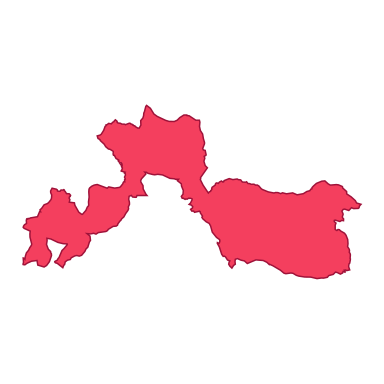 Malnas, Covasna, Romania (Mercator projection)
{"feature_id": "2599482B6091931958570", "entity_name": "Malnas", "entity_type": "district", "adm_level": 2, "iso_a3": "ROU", "parent_name": "Romania", "parent_adm1": "Covasna", "projection": "mercator", "projection_center": [25.812, 46.025], "detail": "fine", "context": "isolated", "style": "filled", "palette": "rose", "viewbox_px": 384, "rotation_deg": 0, "n_neighbors": 0, "source": "geoboundaries", "source_scale": "gbopen_adm2", "svg_char_len": 5988}
<svg xmlns="http://www.w3.org/2000/svg" viewBox="0 0 384 384"><path d="M62.8,267.7L63.8,265.2L64.6,264.6L65.2,261.9L67.4,260.2L70.3,259.5L71.2,257.8L74.8,255.9L76.8,255.5L79.3,256.1L81.6,255.3L84.9,251.4L85.9,249.1L87.8,247.2L89.4,242.0L90.5,240.4L90.0,236.1L87.0,233.6L90.6,233.9L93.7,233.3L96.0,234.1L98.3,232.6L105.9,231.5L107.5,230.6L108.2,229.4L113.1,226.4L116.2,226.1L117.5,225.2L117.9,223.8L120.1,220.9L120.8,220.4L121.8,218.7L123.8,217.0L125.7,213.5L127.9,210.5L128.6,208.8L128.3,207.0L129.5,204.3L129.4,202.1L128.7,199.3L129.1,196.3L131.3,195.4L132.6,197.0L135.3,197.3L136.3,197.2L137.0,195.5L147.0,195.5L145.8,194.0L143.2,189.0L143.0,185.6L140.9,182.1L140.7,180.7L141.5,178.8L145.8,174.1L145.5,172.8L144.9,172.2L146.5,172.3L147.9,173.3L152.7,174.5L154.7,174.8L157.7,174.3L162.5,174.9L170.0,178.4L174.5,178.8L175.4,179.3L178.5,179.3L177.4,180.7L181.3,183.8L181.5,186.0L183.3,190.5L183.0,194.2L181.3,196.4L182.2,198.3L183.2,198.2L185.1,199.4L185.9,198.9L187.1,199.2L188.4,198.3L190.7,198.3L192.1,198.9L192.1,199.8L190.5,203.0L189.1,204.4L191.3,205.1L192.7,206.6L192.4,208.1L190.6,209.3L191.8,211.1L193.7,211.1L194.5,212.3L199.5,211.2L200.3,211.9L200.2,212.7L202.5,216.1L201.9,217.3L202.8,218.8L206.2,221.8L209.2,223.4L210.6,226.0L212.3,232.2L216.5,237.4L219.6,239.6L219.9,241.0L219.3,243.0L218.7,243.3L217.4,242.6L217.3,243.3L219.3,246.9L221.7,254.3L223.2,256.4L224.4,256.2L225.5,256.9L227.5,260.0L229.8,260.9L229.1,262.2L228.7,264.2L229.8,266.1L231.9,268.1L233.6,265.4L235.3,264.2L235.0,261.6L235.3,259.3L237.5,258.6L241.1,260.2L244.4,260.9L247.3,263.5L255.9,259.9L263.2,260.5L266.9,262.3L269.1,264.4L269.2,264.1L272.8,265.7L280.4,270.2L284.0,273.2L285.9,273.7L290.9,273.0L293.0,273.3L296.3,275.3L298.8,276.1L304.7,277.0L310.8,277.1L317.0,278.6L321.4,278.0L323.6,278.1L327.4,277.3L328.7,275.6L333.2,274.4L335.5,272.1L337.4,272.6L340.4,274.1L342.6,273.0L343.1,271.5L345.0,272.2L345.2,271.8L344.3,270.2L345.8,270.0L346.7,270.6L349.7,269.9L348.7,266.9L348.7,265.8L349.0,263.9L349.7,263.2L350.3,260.0L350.4,258.9L350.1,258.5L350.4,254.8L350.0,253.3L349.3,252.4L349.5,250.4L349.2,249.2L347.6,246.7L348.0,243.7L347.7,239.5L346.0,235.2L344.5,233.2L340.7,231.0L339.3,229.7L338.0,229.5L336.9,230.5L335.2,229.5L335.2,225.1L336.0,223.1L334.3,221.6L334.3,220.4L335.2,220.1L339.9,221.5L341.8,220.4L343.5,220.7L343.6,218.9L342.5,217.7L342.4,216.5L343.1,214.5L343.0,213.7L341.9,211.1L343.2,209.4L344.7,209.1L348.8,210.5L351.5,207.7L353.6,208.6L358.3,208.4L359.0,207.8L359.6,205.8L361.0,204.3L356.6,203.0L355.3,200.6L351.1,196.8L346.7,193.9L346.6,191.5L342.7,188.0L342.5,186.8L342.1,186.4L338.6,184.9L336.4,184.6L330.4,185.1L328.2,183.9L324.9,180.9L321.7,181.2L316.4,183.4L313.4,186.1L312.0,187.6L311.9,188.8L310.9,189.1L309.8,190.7L306.8,191.5L303.3,193.7L297.1,194.8L292.7,192.9L286.5,193.8L282.5,192.8L280.7,193.6L277.9,192.6L275.7,192.5L274.0,193.0L268.3,191.9L262.4,189.5L261.2,188.7L258.8,185.9L257.2,185.0L255.7,185.2L254.0,184.2L251.1,184.3L249.7,183.6L247.9,183.5L246.6,181.8L245.8,182.2L242.8,182.1L242.0,181.7L240.7,179.9L238.2,179.6L237.2,179.0L232.9,179.6L229.2,178.6L224.1,180.6L223.6,181.8L222.8,182.0L221.4,181.0L219.4,182.1L218.3,183.4L216.9,182.9L216.1,183.1L215.5,183.8L215.2,185.1L212.1,187.3L211.7,188.4L211.9,189.1L211.3,190.2L210.8,190.5L210.6,191.3L209.3,191.9L208.3,193.0L203.1,185.2L200.3,179.6L200.7,178.7L200.5,177.8L200.9,177.1L207.4,167.8L205.2,165.6L203.9,161.2L204.8,158.3L204.2,156.3L205.9,155.4L206.1,154.7L205.2,150.4L203.4,150.0L202.7,148.5L204.5,143.8L204.5,142.4L203.4,138.7L202.6,134.0L200.4,130.6L199.5,126.5L199.9,122.2L199.4,120.2L195.8,120.2L189.2,115.8L186.9,115.5L186.8,115.0L183.9,115.0L179.8,117.6L177.2,120.2L174.3,121.5L169.1,121.4L165.7,120.4L157.2,116.4L153.9,114.0L150.4,108.3L146.6,105.4L145.8,106.4L144.4,111.8L143.8,113.1L143.6,115.6L142.9,118.0L140.7,120.6L140.9,125.1L139.2,128.1L137.8,128.1L135.2,126.5L134.9,125.9L133.4,125.5L133.3,125.0L132.5,124.9L132.0,124.2L130.7,123.9L130.2,123.3L129.3,123.2L125.4,124.7L124.7,124.2L121.8,124.1L120.5,123.3L118.1,123.0L117.2,122.5L117.1,121.3L115.4,119.8L114.4,120.7L114.0,121.6L112.5,122.4L111.4,123.8L108.6,123.4L107.2,124.6L106.0,124.9L106.1,125.6L105.1,126.4L103.7,130.3L101.2,134.3L100.0,135.1L97.2,135.9L98.0,138.5L100.0,139.6L100.2,140.5L104.2,144.2L105.7,146.7L108.4,149.0L110.0,149.3L112.9,151.1L113.3,151.6L113.1,154.0L113.5,155.3L114.4,155.4L116.0,158.5L118.7,160.0L118.8,160.3L118.2,160.8L118.5,161.4L120.1,162.9L121.1,162.7L122.0,164.0L122.1,165.3L120.8,164.7L121.8,166.1L121.5,166.4L121.6,166.8L122.4,168.0L121.9,169.8L121.3,170.5L121.2,171.1L125.1,172.2L124.4,173.0L125.3,173.7L125.4,175.2L124.5,177.1L125.3,179.1L124.6,179.7L124.7,181.7L124.2,181.5L123.3,182.3L122.8,183.8L120.4,186.8L119.4,187.4L114.7,188.1L108.7,186.9L107.2,188.2L97.2,184.5L94.1,185.1L91.6,186.3L89.6,188.0L89.0,189.2L88.8,191.8L89.1,197.1L88.5,201.9L88.7,205.1L88.3,206.1L87.3,207.1L85.9,210.4L82.5,214.3L81.7,214.3L78.8,212.2L74.9,205.3L74.4,202.8L69.3,202.2L69.9,199.6L69.1,198.1L69.6,196.5L70.2,196.5L70.6,195.3L69.3,193.8L66.5,193.6L65.1,191.3L64.3,190.7L64.3,190.0L63.8,189.6L62.8,190.1L61.0,190.0L60.0,191.3L58.6,191.2L57.5,191.0L57.3,189.9L56.4,189.2L52.1,188.2L50.6,191.0L50.7,192.7L51.7,195.0L51.5,198.1L51.0,199.6L48.6,202.6L47.3,203.6L44.1,204.8L41.6,208.4L40.0,209.8L40.6,211.8L39.6,211.6L37.5,216.7L30.5,217.9L29.3,218.5L28.0,218.5L27.7,219.1L26.8,218.8L26.6,219.1L26.3,220.4L26.5,223.5L24.5,224.7L23.5,226.2L23.2,227.4L24.2,228.4L30.2,231.1L29.9,233.9L30.0,237.2L31.7,244.0L31.5,245.1L29.7,247.8L28.6,250.2L26.4,252.9L25.4,256.1L24.9,259.3L23.8,258.1L23.2,258.0L23.5,262.3L23.0,264.2L23.2,264.6L24.9,264.8L27.1,263.2L31.6,261.2L37.0,260.5L37.8,265.1L44.1,267.0L46.6,265.5L49.4,261.7L51.5,255.6L51.4,253.8L50.7,252.6L50.6,251.5L48.3,249.2L46.5,244.4L47.1,240.7L46.9,238.3L50.8,239.0L57.9,242.4L63.2,243.7L67.1,243.9L67.3,244.6L64.0,248.6L62.0,250.5L59.0,257.6L58.1,258.5L57.3,260.1L54.8,261.5L54.7,261.9L55.4,262.8L57.2,263.3L62.8,267.7Z" fill="#f43f5e" stroke="#9f1239" stroke-width="1.5"/></svg>